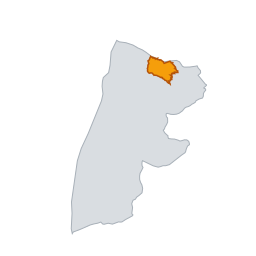 Kongba, Gbapolu, Liberia shown in context, rotated 70°
{"feature_id": "62588387B18809430914172", "entity_name": "Kongba", "entity_type": "district", "adm_level": 2, "iso_a3": "LBR", "parent_name": "Liberia", "parent_adm1": "Gbapolu", "projection": "mercator", "projection_center": [-10.454, 7.678], "detail": "fine", "context": "in_parent", "style": "filled", "palette": "amber", "viewbox_px": 256, "rotation_deg": 70, "n_neighbors": 0, "source": "geoboundaries", "source_scale": "gbopen_adm2", "svg_char_len": 4029}
<svg xmlns="http://www.w3.org/2000/svg" viewBox="0 0 256 256"><g transform="rotate(70 128 128)"><path d="M41.8,108.6L44.0,106.8L47.2,100.7L51.8,94.9L56.1,91.4L59.5,87.8L63.1,85.1L68.2,81.9L76.0,73.5L77.9,72.5L79.1,66.7L81.1,59.3L83.4,57.0L88.7,55.7L90.0,54.4L91.8,49.2L93.1,43.1L93.2,41.8L95.3,41.6L98.9,40.3L101.0,40.9L101.9,42.6L102.4,44.1L113.3,40.3L114.2,39.5L114.8,39.7L116.2,43.1L116.9,42.9L117.6,41.9L118.3,41.8L119.2,42.2L120.0,43.8L121.4,45.3L123.8,46.3L125.3,47.7L125.1,51.3L125.7,54.9L126.7,55.7L127.3,57.8L127.5,60.1L128.1,61.4L128.5,63.7L128.3,66.2L128.7,68.0L130.5,71.0L131.6,74.9L131.6,77.6L130.9,80.5L129.8,83.1L127.7,86.0L127.6,87.1L128.8,87.8L130.6,88.0L132.1,87.4L136.0,88.7L138.0,90.6L139.8,92.9L141.4,94.1L142.1,95.6L144.9,95.2L148.0,93.7L148.7,93.1L149.6,93.4L151.7,93.6L153.1,91.0L154.3,88.1L156.7,84.9L158.0,83.7L158.3,81.7L158.4,79.1L159.3,76.8L161.3,75.5L163.5,75.6L164.7,76.0L165.3,78.2L167.1,79.9L168.6,81.1L169.4,81.5L170.7,82.8L171.9,87.3L176.6,101.6L176.3,105.5L175.4,108.1L175.4,110.6L175.1,113.1L172.2,117.2L163.7,125.5L164.4,126.2L166.4,127.2L168.5,127.7L170.2,127.4L172.3,129.5L174.6,132.1L177.0,133.5L180.5,134.7L183.5,134.8L186.2,134.4L189.8,134.9L193.7,137.0L195.1,140.6L196.0,143.7L197.4,145.3L197.6,148.0L200.4,150.4L204.3,150.9L209.5,153.6L210.8,153.5L211.3,153.1L212.0,153.7L213.2,161.7L214.2,165.9L213.7,167.6L213.0,169.0L213.0,175.5L210.7,179.2L210.3,183.3L209.6,184.6L207.1,185.7L207.1,188.9L206.5,192.7L206.2,196.7L206.9,207.2L207.0,215.0L208.2,216.5L203.3,215.8L189.1,209.8L178.2,206.4L141.5,186.8L131.3,179.0L119.6,167.3L93.5,143.7L87.5,139.9L80.0,138.1L75.3,136.0L72.1,133.9L69.4,127.3L62.9,123.4L50.8,117.9L41.8,108.6Z" fill="#d9dde1" stroke="#a8b0b8" stroke-width="1"/><path d="M101.0,73.4L100.5,73.3L100.4,73.3L100.0,73.4L98.8,73.6L97.7,73.7L98.0,73.0L98.1,72.6L98.1,72.3L98.0,71.9L97.6,71.8L97.4,71.8L97.1,71.7L97.0,71.2L97.2,70.6L97.2,70.3L97.3,70.2L97.2,70.1L96.9,70.0L96.3,70.4L96.3,70.5L96.1,70.5L95.6,70.7L95.4,70.5L95.4,70.4L95.1,70.1L95.0,69.8L95.1,69.5L95.4,69.2L95.2,69.0L94.6,69.2L94.4,69.0L94.1,69.2L93.9,69.2L93.9,69.3L93.3,69.8L93.2,69.9L93.0,70.0L93.1,69.8L93.3,68.7L93.2,68.6L92.7,68.4L92.3,68.6L92.1,68.4L92.0,68.1L91.8,68.0L91.7,68.0L91.6,67.4L91.9,67.1L92.0,67.1L92.4,66.8L92.5,66.3L92.6,66.0L92.8,65.5L92.6,65.5L92.0,65.8L91.5,65.7L91.4,65.5L91.3,65.4L91.5,65.1L91.7,64.6L91.7,64.4L91.8,64.2L92.3,63.8L92.6,63.2L92.7,62.6L92.8,62.3L92.7,62.3L92.5,62.0L92.2,62.1L91.8,62.1L91.4,61.8L91.0,62.4L90.9,62.4L90.7,62.5L89.4,62.9L89.2,63.0L88.5,63.3L88.4,63.4L88.4,63.2L88.3,62.8L87.9,62.9L87.7,62.8L87.3,62.9L87.0,63.0L86.9,63.0L86.7,62.8L86.7,62.7L86.4,62.8L86.2,62.9L86.0,63.0L85.6,63.2L85.3,63.2L84.7,63.4L84.6,63.5L83.9,63.8L83.6,63.9L83.0,64.2L82.6,64.2L82.2,64.4L82.2,64.1L82.1,63.9L82.0,64.1L81.9,64.2L81.8,64.5L81.7,64.4L81.5,64.7L81.4,64.6L81.3,64.8L81.2,64.9L80.8,65.2L80.2,65.6L79.6,65.7L79.6,66.1L79.6,67.0L79.6,70.7L79.6,71.9L79.1,72.0L78.6,72.2L78.2,72.1L77.4,72.4L76.9,72.9L76.5,73.1L75.8,73.4L75.3,73.8L75.4,74.1L75.2,74.6L74.9,74.7L75.0,74.9L74.6,75.1L74.5,75.4L74.6,75.5L74.2,75.8L73.6,76.4L73.7,76.7L73.3,76.8L72.8,77.1L72.8,77.3L72.6,77.0L72.6,77.5L71.8,78.4L71.9,78.7L71.8,78.8L71.9,79.2L71.8,79.3L71.5,79.6L70.8,79.5L70.5,80.0L70.6,80.3L70.3,80.5L70.4,80.8L69.9,80.8L69.7,81.1L69.6,81.4L69.0,81.9L68.4,82.2L68.6,82.4L69.0,82.6L69.4,83.2L69.8,83.6L70.4,83.9L70.8,84.5L71.3,84.8L71.5,85.4L71.7,85.8L71.7,86.2L72.2,86.3L73.1,86.3L74.3,86.5L74.4,86.4L74.5,86.4L75.4,87.2L75.5,87.6L76.2,88.0L77.5,88.5L78.4,89.1L78.5,89.4L78.8,89.5L79.2,89.5L79.6,89.5L79.8,89.6L80.3,89.8L80.7,90.0L81.1,90.2L81.5,90.2L81.8,90.1L82.0,90.0L82.3,90.0L82.7,89.9L83.0,89.8L83.3,89.7L83.5,89.3L84.0,88.8L83.9,87.7L84.7,86.5L85.0,86.4L85.5,86.2L87.2,85.5L87.3,85.5L87.3,85.2L87.9,84.1L88.5,82.9L89.4,82.2L90.2,81.2L90.9,80.6L91.6,80.2L91.7,79.4L92.2,78.6L92.5,78.4L93.0,78.8L93.4,78.5L94.7,77.3L95.9,76.9L96.0,76.6L96.4,76.0L97.1,75.6L98.2,75.4L98.9,75.1L99.3,74.8L99.2,74.5L99.7,74.5L99.7,74.0L101.0,73.4Z" fill="#f59e0b" stroke="#b45309" stroke-width="1.5"/></g></svg>